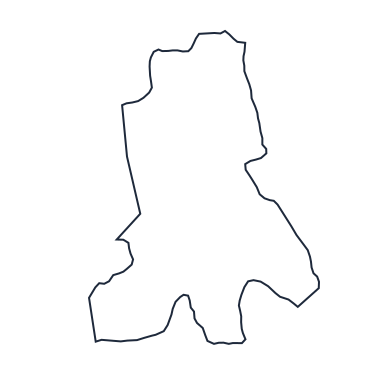 outline of Barra D'Alcântara, Piauí, Brazil, rotated 173°
{"feature_id": "56859067B46292255679760", "entity_name": "Barra D'Alcântara", "entity_type": "district", "adm_level": 2, "iso_a3": "BRA", "parent_name": "Brazil", "parent_adm1": "Piauí", "projection": "robinson", "projection_center": [-42.113, -6.538], "detail": "fine", "context": "isolated", "style": "outline", "palette": "slate", "viewbox_px": 384, "rotation_deg": 173, "n_neighbors": 0, "source": "geoboundaries", "source_scale": "gbopen_adm2", "svg_char_len": 1803}
<svg xmlns="http://www.w3.org/2000/svg" viewBox="0 0 384 384"><g transform="rotate(173 192 192)"><path d="M204.6,73.1L204.9,66.2L203.0,61.4L197.9,55.7L196.3,48.3L194.8,42.3L188.7,38.6L183.8,39.1L179.1,38.6L174.0,36.8L169.8,37.1L160.9,35.9L156.9,39.3L158.7,45.9L159.3,50.1L159.1,56.8L158.3,62.6L158.7,68.2L159.3,73.6L157.9,78.4L155.5,83.9L151.6,91.2L147.2,96.5L141.7,97.0L134.8,94.7L127.9,89.2L121.6,81.6L117.4,77.3L109.3,73.5L104.6,68.9L101.0,65.1L77.9,81.1L76.9,87.4L78.1,92.8L81.3,96.5L82.5,102.5L82.4,108.4L82.8,113.5L84.2,120.2L87.2,125.5L93.5,136.5L97.6,145.9L108.6,169.1L111.9,173.3L115.7,174.4L120.8,176.9L125.1,181.5L127.1,188.9L130.9,197.2L132.8,201.2L136.0,207.5L135.8,213.2L130.2,215.7L124.5,216.4L119.4,217.3L113.5,221.3L113.1,225.7L116.4,230.5L115.6,236.9L116.6,243.6L116.8,252.2L117.5,257.1L117.5,262.6L118.8,268.8L121.4,277.7L121.0,285.6L122.0,292.0L123.6,298.2L125.3,305.5L124.7,311.0L125.0,316.4L124.3,320.5L122.8,324.8L121.0,333.6L128.7,335.5L132.1,339.1L135.8,343.9L139.6,347.8L144.4,345.9L150.4,347.1L165.7,348.1L169.4,343.9L172.2,339.3L175.1,334.9L178.5,332.2L184.0,332.6L189.1,334.3L193.9,334.9L198.4,334.9L204.4,335.5L207.9,337.5L212.9,335.8L216.4,330.6L217.9,326.9L218.8,321.7L219.4,312.5L219.2,306.7L219.1,300.5L222.4,295.9L228.7,291.4L234.4,288.8L240.4,288.1L246.2,288.0L250.8,286.7L252.2,235.1L246.0,176.7L272.5,154.0L266.0,153.0L261.3,149.3L261.3,143.8L260.5,138.3L258.7,132.3L260.7,127.3L266.1,123.6L269.8,121.3L274.3,120.1L280.3,119.1L285.2,113.5L290.3,111.6L295.2,112.8L299.6,109.1L307.1,99.5L305.8,55.2L299.8,56.3L286.3,53.5L280.9,52.4L274.3,52.4L264.6,51.7L256.9,53.1L249.2,54.3L245.5,54.7L237.0,57.3L232.4,62.9L227.3,72.9L225.4,78.3L221.7,85.0L216.5,89.2L212.9,91.0L208.5,89.6L207.5,84.6L207.3,77.4L204.6,73.1Z" fill="none" stroke="#1e293b" stroke-width="2"/></g></svg>